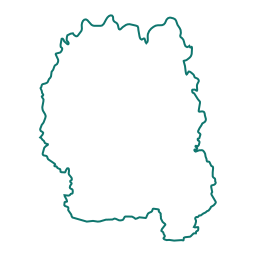 Zhytomyr, Mercator projection
{"feature_id": "UKR-324", "entity_name": "Zhytomyr", "entity_type": "Region", "adm_level": 1, "iso_a3": "UKR", "parent_name": "Ukraine", "parent_adm1": "", "projection": "mercator", "projection_center": [28.508, 50.617], "detail": "fine", "context": "isolated", "style": "outline", "palette": "teal", "viewbox_px": 256, "rotation_deg": 0, "n_neighbors": 0, "source": "natural_earth", "source_scale": "10m", "svg_char_len": 5728}
<svg xmlns="http://www.w3.org/2000/svg" viewBox="0 0 256 256"><path d="M110.4,15.4L111.9,15.5L112.9,16.6L113.1,17.7L113.2,19.7L113.7,20.9L114.6,21.8L116.6,23.0L117.4,24.0L117.9,25.1L118.6,28.2L119.0,29.1L119.9,29.5L120.8,29.0L122.6,27.2L126.0,24.9L127.8,24.3L129.7,24.2L135.9,25.6L137.6,26.3L138.2,27.8L138.4,30.1L139.5,36.3L139.9,37.8L140.6,39.0L141.8,39.6L143.7,38.5L144.5,38.6L145.0,40.0L145.5,42.0L146.3,43.2L147.5,41.8L147.8,40.1L147.7,35.9L147.9,34.0L149.2,31.0L151.2,28.6L153.4,26.9L155.6,25.7L157.6,25.3L161.9,25.2L163.7,24.5L165.0,23.1L166.6,19.6L168.0,18.2L169.4,17.7L170.8,17.7L173.5,18.4L175.2,19.4L176.1,20.8L177.5,24.8L179.8,28.3L180.6,30.1L180.9,33.0L180.2,35.9L180.7,37.2L181.9,38.0L183.3,39.7L184.0,41.8L184.6,44.2L185.5,46.2L187.1,47.1L188.5,46.6L189.4,45.9L189.8,46.9L190.2,47.4L190.6,47.5L191.6,46.9L191.9,47.2L192.0,48.4L191.7,53.7L191.5,54.6L190.9,56.1L190.0,57.3L189.1,58.1L186.9,59.8L185.7,60.4L184.1,60.7L183.7,60.9L183.7,61.3L185.0,66.1L185.7,71.8L186.0,73.4L186.4,74.3L186.6,74.5L187.0,74.2L188.6,71.6L188.9,71.5L190.0,71.8L191.3,72.7L193.5,74.6L194.0,75.5L194.5,77.0L194.9,77.5L197.6,78.7L198.3,79.5L198.6,80.1L198.8,80.9L198.7,81.4L197.2,84.3L197.1,84.7L196.9,85.9L197.2,90.0L196.9,90.7L196.3,90.6L195.4,89.9L194.7,89.6L192.5,89.7L192.2,90.0L192.1,90.7L192.4,92.2L192.8,92.7L194.2,93.4L198.0,99.4L199.9,101.6L200.0,102.9L198.7,110.5L198.8,111.4L199.4,111.7L202.0,111.4L202.9,111.5L203.7,111.8L204.2,112.3L204.7,113.7L204.9,115.3L205.9,119.0L205.8,120.1L205.4,121.1L204.7,122.0L202.3,123.5L201.4,125.3L199.5,128.2L198.2,130.9L198.1,131.8L198.4,132.3L200.2,133.9L200.4,134.6L199.3,138.2L198.7,138.6L197.9,138.7L197.7,139.0L197.7,139.5L197.9,140.3L199.1,141.1L199.4,141.7L199.5,142.0L199.4,142.9L198.8,145.0L198.2,145.9L197.5,146.1L195.9,145.8L195.6,146.0L195.5,146.3L195.6,146.7L197.2,148.0L197.2,148.3L196.8,149.1L196.5,149.3L194.6,149.6L194.4,149.9L194.4,150.4L194.9,151.2L195.7,151.6L199.1,150.3L202.0,150.2L202.8,150.5L203.3,150.9L204.2,152.0L205.1,153.7L205.6,156.7L206.5,159.0L206.7,160.7L207.0,161.3L207.3,161.6L208.6,161.6L209.3,161.9L209.7,162.5L211.1,165.6L211.6,166.1L212.7,166.6L213.0,167.2L213.1,168.2L212.7,172.4L212.7,176.3L213.2,177.3L214.9,178.6L215.2,179.8L215.2,181.3L215.7,182.4L215.7,182.9L215.1,184.0L214.2,184.7L211.5,185.5L211.2,186.3L211.2,187.0L212.2,192.0L211.4,193.5L211.4,194.2L211.7,195.0L215.6,201.6L215.8,202.3L215.6,202.9L215.2,203.6L213.7,205.3L211.0,206.9L210.2,208.5L208.5,210.6L207.1,211.1L205.5,212.5L203.3,213.5L200.8,215.4L199.2,215.5L198.0,216.9L197.6,217.1L196.4,217.0L195.5,217.6L195.2,218.4L195.4,219.3L196.0,220.5L196.0,221.8L195.3,224.5L193.9,227.0L194.9,227.4L198.0,227.1L198.2,227.3L198.3,228.3L198.2,229.8L198.0,230.3L197.7,230.7L196.6,231.2L196.1,231.7L195.9,233.3L194.1,233.3L193.4,233.6L190.7,236.3L190.0,236.7L185.3,237.2L184.4,237.5L183.9,237.8L183.5,240.2L183.2,240.4L181.5,240.1L174.1,240.6L169.2,239.9L166.6,240.1L164.5,239.4L163.8,238.9L163.5,238.3L163.6,238.0L164.7,236.6L164.8,236.3L164.7,235.6L163.8,234.2L163.3,232.6L163.0,232.1L161.4,230.9L161.4,230.4L162.0,229.0L165.3,224.8L165.3,224.4L165.1,224.0L162.7,222.0L162.2,221.1L161.0,218.7L160.9,218.2L160.9,216.5L160.6,215.0L160.8,214.0L160.3,213.0L159.1,211.9L158.8,211.3L158.7,210.8L158.9,210.1L158.7,209.6L158.0,209.3L153.6,208.7L153.1,208.8L152.8,209.0L152.1,211.0L151.4,211.8L149.1,212.8L148.0,213.6L147.0,215.6L146.2,217.5L145.7,218.0L139.4,217.3L136.8,218.5L135.4,218.8L134.2,217.8L132.4,216.8L131.8,216.6L125.7,216.5L125.0,216.7L124.7,216.9L123.4,219.2L122.9,219.8L121.8,220.2L120.3,220.4L119.0,220.3L115.7,218.8L114.4,218.6L112.5,219.5L105.8,219.7L100.0,221.4L97.7,221.6L93.0,220.9L86.8,221.6L72.5,217.5L71.7,216.4L71.2,214.5L68.3,210.3L68.2,209.5L68.4,208.4L68.2,207.4L67.5,206.9L65.0,206.0L64.3,205.1L64.6,202.3L65.1,201.9L66.7,201.7L67.0,201.5L67.0,201.2L66.6,199.7L64.7,196.2L64.5,195.2L68.2,195.6L69.0,195.5L69.9,195.0L70.8,193.9L72.3,193.5L72.5,193.3L72.7,192.4L72.8,191.2L72.5,189.7L72.0,189.2L70.6,188.6L70.1,188.2L69.8,187.4L70.2,185.7L71.5,183.9L71.6,183.4L71.5,183.1L70.4,182.0L70.2,181.1L70.4,180.8L71.6,180.0L71.8,179.5L71.8,178.7L71.5,177.7L69.1,174.7L68.9,174.2L68.7,173.7L69.0,170.7L68.8,169.1L68.6,168.6L68.2,168.3L67.4,168.3L67.1,168.5L65.9,170.4L65.4,171.9L64.9,172.4L61.4,172.2L60.6,171.8L60.5,171.4L60.4,170.0L60.1,169.2L57.5,168.0L56.7,166.7L56.3,166.4L55.2,166.4L54.5,166.1L54.4,165.8L54.5,165.4L55.1,164.4L54.8,163.8L48.2,159.3L47.6,158.3L47.3,157.1L46.8,156.3L46.2,155.9L43.7,155.4L43.1,155.0L42.7,154.2L42.7,153.4L44.1,148.3L44.4,147.6L45.9,146.1L47.7,145.0L47.9,144.3L47.3,144.0L46.0,143.6L44.9,143.0L43.9,140.9L42.4,139.7L41.2,138.0L40.2,137.5L42.6,134.6L43.2,132.9L43.0,132.5L42.5,132.0L40.8,131.0L40.5,130.5L40.2,129.6L40.3,128.7L41.8,124.8L43.1,123.2L43.7,122.2L45.3,118.0L45.7,116.1L45.1,114.3L42.9,110.6L42.5,109.1L42.3,107.2L43.4,101.3L43.5,99.4L42.3,97.6L41.8,96.6L41.9,96.3L43.0,95.6L43.2,95.0L43.2,94.6L42.3,93.3L42.1,92.8L41.7,90.7L40.6,88.4L40.6,88.0L41.2,87.3L41.8,85.1L42.3,84.4L42.9,84.1L45.6,83.4L47.2,82.6L47.6,82.2L49.0,79.1L50.3,77.7L51.0,76.4L51.6,71.8L53.2,69.7L54.4,66.3L55.0,65.4L57.0,64.1L57.9,62.3L58.2,61.0L58.1,59.6L55.8,54.6L55.7,54.1L56.0,53.6L60.2,52.5L61.2,51.5L62.1,49.7L62.2,48.6L61.9,47.9L60.8,47.0L60.6,46.1L60.6,44.6L61.6,38.9L62.1,38.6L62.8,38.8L63.6,39.9L64.0,41.0L64.5,41.6L67.2,44.0L67.9,44.3L68.3,44.2L68.6,43.4L68.5,42.7L67.9,41.7L66.9,40.7L66.7,40.1L66.7,39.1L66.9,37.0L67.4,35.3L70.6,33.7L72.9,33.3L73.2,33.9L74.1,35.0L75.2,35.8L76.2,36.3L77.3,36.1L78.0,35.4L81.3,31.0L81.6,30.3L81.9,28.8L81.7,25.0L82.1,22.8L83.0,20.9L84.3,19.7L85.9,19.4L87.4,20.2L91.5,24.8L92.8,25.5L94.1,25.8L100.8,25.8L102.2,25.4L103.8,23.8L106.1,19.5L107.4,17.5L108.9,16.1L110.4,15.4Z" fill="none" stroke="#0f766e" stroke-width="2"/></svg>